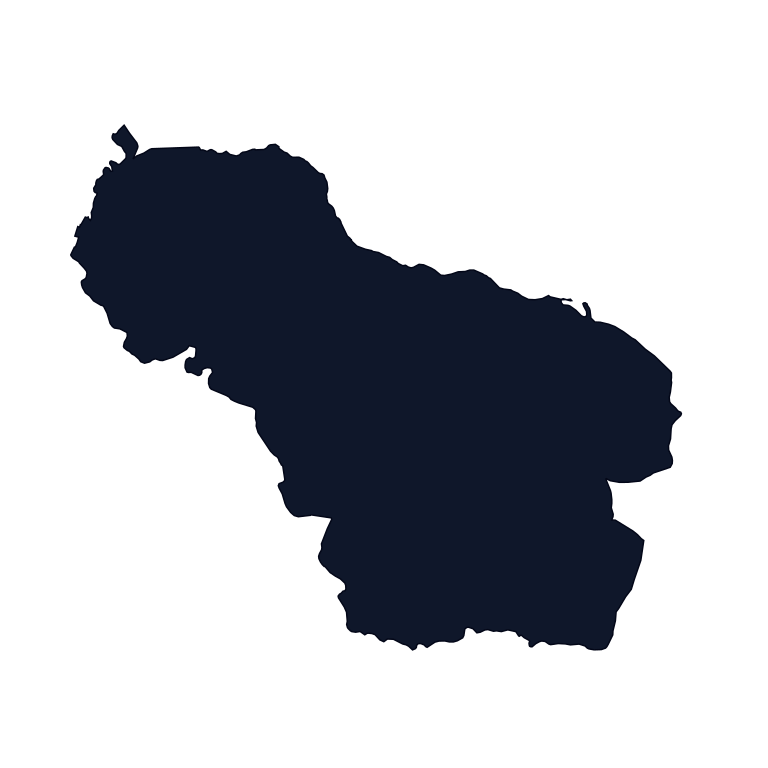 the district of Comandau, Covasna, Romania, rotated 351°
{"feature_id": "2599482B75444527653757", "entity_name": "Comandau", "entity_type": "district", "adm_level": 2, "iso_a3": "ROU", "parent_name": "Romania", "parent_adm1": "Covasna", "projection": "albers", "projection_center": [26.312, 45.738], "detail": "fine", "context": "isolated", "style": "filled", "palette": "ink", "viewbox_px": 768, "rotation_deg": 351, "n_neighbors": 0, "source": "geoboundaries", "source_scale": "gbopen_adm2", "svg_char_len": 6159}
<svg xmlns="http://www.w3.org/2000/svg" viewBox="0 0 768 768"><g transform="rotate(351 384 384)"><path d="M672.7,458.3L670.5,457.0L669.6,455.8L668.2,453.3L664.2,448.3L663.3,446.2L663.6,441.8L665.6,436.8L668.3,427.5L668.2,425.1L668.9,422.8L669.6,418.1L668.7,416.2L655.4,398.5L647.5,390.5L639.0,379.6L636.0,377.4L629.0,370.2L621.0,363.4L615.2,360.1L607.2,356.8L602.0,355.8L598.7,351.2L599.0,343.5L598.7,341.4L597.2,338.1L597.1,336.7L595.4,335.2L593.9,335.2L593.0,335.8L593.5,338.5L595.4,344.0L595.1,347.4L594.2,348.8L592.8,349.1L591.6,348.8L589.6,347.5L585.1,341.2L579.9,336.1L578.1,335.1L573.2,333.9L571.8,331.3L571.9,329.1L572.7,328.6L576.6,329.0L581.2,331.0L582.4,331.0L581.4,329.4L577.8,329.4L574.4,327.8L572.1,328.1L561.7,323.9L560.4,322.4L553.8,324.4L546.4,324.4L539.9,323.1L533.7,318.8L530.4,315.3L525.5,312.3L524.0,310.9L517.2,309.0L513.0,307.1L505.6,296.4L503.9,295.4L502.0,293.1L499.8,291.9L498.7,290.7L490.5,285.5L486.4,284.9L481.9,285.6L474.8,284.8L467.9,286.0L460.8,286.3L457.1,285.4L451.9,279.5L448.7,276.9L441.8,272.5L437.3,271.3L431.3,273.4L428.9,273.5L426.3,272.3L423.9,270.1L421.0,270.1L416.9,267.2L415.7,265.4L411.6,262.4L409.4,259.8L406.3,258.4L399.2,253.3L393.8,251.4L392.6,250.3L386.7,248.0L378.8,243.6L374.5,237.9L374.3,236.4L373.5,236.5L373.5,235.3L373.0,234.5L370.9,232.2L366.8,218.5L366.8,217.3L365.9,214.5L364.6,212.9L363.7,212.7L362.4,210.5L362.1,204.9L361.4,202.3L360.2,200.2L357.3,197.2L356.7,195.8L356.7,193.4L356.4,192.5L356.8,190.3L356.8,187.3L358.2,185.0L359.0,182.1L359.2,175.7L357.8,171.2L357.4,168.2L355.8,166.6L353.6,166.0L352.2,165.0L347.7,159.0L345.7,157.0L343.9,153.8L342.5,152.1L341.3,151.6L339.9,149.6L335.5,146.7L329.2,145.8L327.1,144.3L324.4,140.8L321.6,139.3L317.1,134.8L317.3,133.2L314.2,130.3L309.0,130.0L307.4,130.5L304.9,132.6L302.2,133.6L293.4,132.6L293.2,131.9L290.9,131.7L284.3,133.1L280.7,133.0L278.5,134.0L277.3,135.1L273.8,135.7L267.6,133.1L264.5,129.5L260.4,131.0L257.5,130.7L255.1,130.0L254.1,128.4L250.5,125.6L249.1,125.4L245.6,126.6L241.8,124.5L239.5,124.2L238.5,121.5L237.9,121.0L191.4,115.3L189.2,115.7L182.9,118.4L175.4,120.1L171.9,122.2L171.6,122.0L177.6,112.3L178.1,110.7L178.0,109.6L177.6,107.2L171.8,96.4L167.8,87.7L161.8,92.0L159.4,94.7L157.5,95.3L155.7,94.5L154.4,96.5L154.0,98.3L154.4,100.1L158.2,105.7L162.1,108.3L164.0,113.6L165.4,116.0L164.7,120.0L164.0,121.0L157.6,125.6L155.4,125.5L153.8,123.5L149.4,121.0L148.3,121.4L147.8,122.3L147.6,123.5L149.1,126.7L149.1,131.2L147.4,131.3L146.2,128.2L145.5,127.5L143.3,126.6L142.3,126.8L140.3,128.9L139.9,130.3L139.9,133.1L139.2,133.9L134.6,136.9L132.8,137.1L131.7,138.4L130.8,140.5L130.6,142.1L127.9,145.2L127.8,147.1L127.8,148.4L128.7,149.7L130.6,150.8L129.3,153.4L128.5,153.9L127.3,155.6L125.3,159.9L124.5,164.1L121.7,168.8L121.6,172.0L121.2,174.2L119.6,176.5L118.1,174.3L118.0,172.8L116.5,173.1L115.1,172.4L109.4,179.5L109.0,179.2L107.8,181.5L106.2,180.6L101.8,189.6L105.4,191.2L103.2,196.1L100.8,200.2L99.6,200.4L94.9,207.3L94.9,208.2L96.6,211.2L101.6,215.5L102.1,216.9L105.9,222.5L107.8,225.9L108.0,228.1L106.5,232.3L105.0,233.5L101.9,234.7L101.0,235.9L100.9,238.9L101.3,241.6L103.4,247.2L107.2,251.1L110.1,256.4L116.7,261.9L118.3,262.5L119.3,263.6L121.6,270.8L123.0,281.4L124.7,284.7L126.4,286.5L131.7,288.2L137.9,292.7L138.2,293.4L138.0,296.5L136.8,298.8L134.1,302.1L132.6,306.1L132.9,307.5L135.7,310.7L137.6,311.9L139.7,314.9L142.2,316.6L145.8,321.0L147.2,323.9L150.7,326.0L156.1,325.5L158.8,324.0L162.1,323.3L166.4,325.6L169.1,326.2L179.8,324.5L194.3,318.9L197.6,315.7L203.4,318.3L203.9,319.7L203.5,321.9L202.2,326.9L201.2,328.4L198.6,329.1L196.1,327.5L192.8,328.9L191.6,330.7L190.5,334.2L190.1,336.9L191.3,341.4L192.6,342.0L195.4,342.3L201.6,346.5L203.3,346.5L204.8,345.7L205.8,344.3L206.1,342.3L206.6,341.5L209.1,340.5L212.0,340.2L215.2,341.1L216.2,342.3L216.5,345.8L213.2,348.9L211.7,351.2L210.8,356.0L211.4,360.3L212.6,362.1L226.4,370.6L228.9,372.6L230.5,375.3L233.5,377.5L237.6,380.0L250.7,386.4L253.1,389.3L253.2,391.0L251.7,398.0L252.1,402.1L251.2,405.6L252.1,412.2L261.5,432.7L264.4,436.8L267.3,439.5L268.1,441.3L268.4,443.7L269.8,446.8L269.8,447.6L271.2,449.1L271.1,462.6L270.7,463.9L268.8,465.2L264.8,466.0L263.7,467.9L264.2,470.6L266.3,476.6L267.6,486.5L268.5,490.0L271.7,496.2L273.5,498.4L274.8,499.9L278.6,501.7L290.9,502.2L291.4,501.8L311.0,508.0L311.2,509.5L305.4,518.0L297.2,532.1L297.1,535.8L296.4,538.0L293.9,541.2L292.5,543.9L292.4,546.4L293.4,549.8L294.8,552.7L296.4,554.9L297.1,554.9L301.3,561.8L306.1,566.3L310.4,569.6L314.2,574.5L314.7,577.0L314.3,580.5L313.2,582.1L311.1,582.2L308.9,584.0L307.2,584.6L305.5,586.3L305.6,588.1L309.9,598.1L311.3,603.5L310.6,612.7L309.5,615.7L309.8,618.7L310.3,619.9L312.2,622.5L313.4,623.5L317.2,624.7L321.7,624.7L325.8,628.7L328.3,627.6L329.8,627.7L333.1,628.6L336.0,630.2L339.9,636.1L343.5,638.5L347.5,636.4L353.4,637.6L361.8,643.7L365.1,645.1L367.4,646.9L370.6,651.1L373.6,650.3L374.7,649.3L375.3,647.4L376.6,646.0L378.3,645.9L379.9,646.2L383.0,648.1L384.0,649.8L385.4,650.8L394.0,646.9L398.1,646.5L403.9,647.3L408.3,649.0L412.3,649.6L416.3,649.1L422.0,647.0L423.5,644.9L425.5,638.6L427.7,637.4L429.3,637.4L433.6,639.6L436.8,644.3L440.3,644.2L445.2,642.7L448.2,642.8L453.4,645.3L456.5,645.4L461.2,646.9L467.8,646.2L475.5,649.2L477.6,653.9L478.2,654.3L479.5,653.6L480.5,653.7L482.8,656.5L487.2,659.9L487.6,660.9L486.7,662.6L486.6,664.6L486.8,665.8L487.9,666.5L489.2,666.7L493.3,664.2L497.3,662.8L499.5,662.5L502.9,663.5L506.2,666.7L507.8,667.5L515.5,667.6L522.6,669.1L527.3,670.8L536.0,671.4L541.6,674.2L543.5,676.7L545.0,677.7L549.9,679.4L557.1,680.3L561.5,679.5L563.0,678.3L564.7,676.2L570.7,667.6L571.5,663.7L575.5,654.1L577.6,645.4L580.6,642.5L589.4,631.9L596.1,625.5L600.6,616.2L610.1,598.3L616.1,579.2L613.8,576.9L610.8,572.5L606.9,568.2L591.2,554.7L587.6,553.9L589.4,550.9L590.0,548.4L589.1,541.8L590.3,537.6L590.9,533.9L591.2,527.1L591.0,524.8L588.2,512.6L588.8,512.3L592.3,514.9L601.0,517.9L609.4,519.2L621.8,519.9L628.3,516.9L632.6,515.8L636.1,514.0L653.7,511.0L656.2,507.7L656.9,504.7L656.9,501.2L654.8,493.8L655.3,489.5L658.4,483.1L660.6,473.1L662.1,469.3L666.0,465.7L672.1,461.6L673.1,459.9L672.7,458.3Z" fill="#0f172a" stroke="#020617" stroke-width="1.5"/></g></svg>